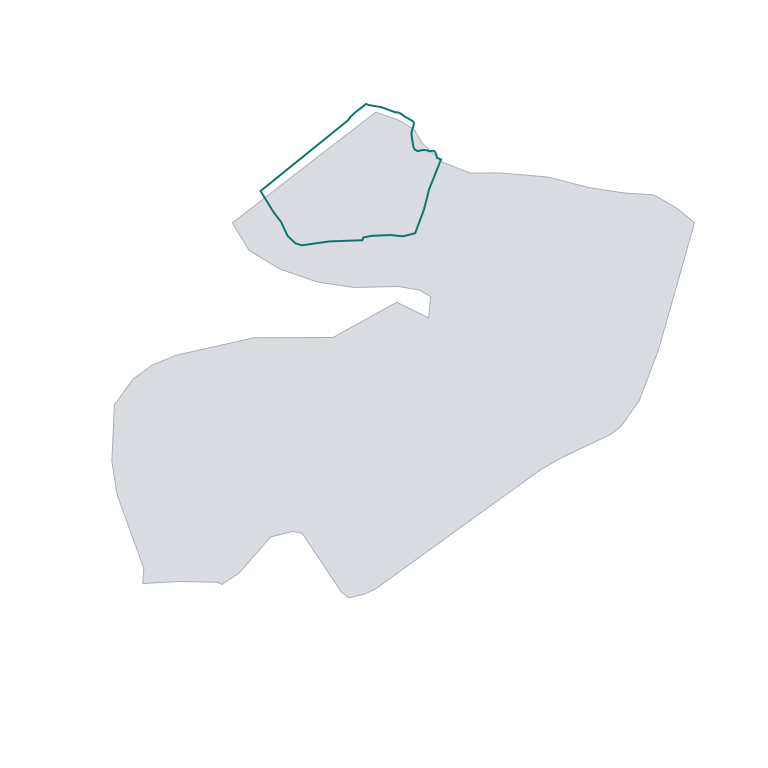 location of Ali Sabeh, Ali Sabieh, Djibouti, rotated 200°
{"feature_id": "41766387B65421474667097", "entity_name": "Ali Sabeh", "entity_type": "district", "adm_level": 2, "iso_a3": "DJI", "parent_name": "Djibouti", "parent_adm1": "Ali Sabieh", "projection": "orthographic", "projection_center": [42.832, 11.234], "detail": "fine", "context": "in_parent", "style": "outline", "palette": "teal", "viewbox_px": 768, "rotation_deg": 200, "n_neighbors": 0, "source": "geoboundaries", "source_scale": "gbopen_adm2", "svg_char_len": 1452}
<svg xmlns="http://www.w3.org/2000/svg" viewBox="0 0 768 768"><g transform="rotate(200 384 384)"><path d="M581.6,483.5L555.7,524.5L522.6,576.9L484.8,636.5L461.2,637.0L442.9,633.5L430.4,623.4L404.5,612.4L375.3,611.6L347.5,621.9L300.4,634.6L257.8,638.7L223.5,645.7L195.1,654.0L169.5,649.4L147.4,641.8L142.7,578.4L137.8,509.5L138.5,455.7L146.5,426.1L153.4,414.6L193.6,373.7L207.5,357.1L253.5,289.4L292.8,231.4L322.2,188.0L331.2,179.4L343.6,171.2L352.4,173.6L409.3,215.5L419.3,214.4L438.3,201.4L455.6,156.6L467.7,140.3L472.9,140.7L509.4,128.2L542.5,114.0L546.7,128.7L596.9,188.7L613.3,218.3L630.2,272.4L621.5,302.6L608.5,322.3L589.2,339.9L522.2,382.9L447.7,410.3L400.1,465.1L364.7,461.4L370.0,482.1L383.2,484.4L403.9,480.5L444.9,464.6L481.4,457.0L520.7,456.4L556.3,463.3L581.6,483.5Z" fill="#d9dde1" stroke="#a8b0b8" stroke-width="1"/><path d="M453.5,511.7L453.5,514.6L446.5,518.9L428.9,526.2L416.8,529.2L406.3,536.3L406.1,561.5L408.2,582.5L407.2,614.5L411.5,614.6L413.0,617.2L416.0,620.0L417.4,620.1L421.4,618.0L423.3,618.4L426.4,617.6L428.8,616.5L431.9,614.3L435.2,614.8L437.3,616.7L437.5,616.9L443.4,627.5L444.4,631.3L444.7,637.9L445.4,640.0L446.8,640.8L456.7,642.5L458.6,643.2L460.3,643.8L463.9,644.0L465.3,643.3L468.3,643.2L481.3,643.2L493.7,640.9L496.5,641.1L503.8,629.6L507.0,623.3L508.0,619.5L566.0,523.1L546.3,507.5L536.2,501.1L525.2,490.2L515.3,485.9L508.5,486.3L483.9,499.4L453.5,511.7Z" fill="none" stroke="#0f766e" stroke-width="2"/></g></svg>